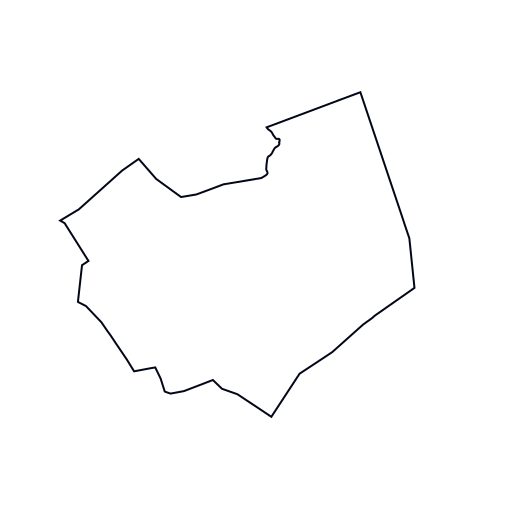 outline of Onavas, Sonora, Mexico, rotated 148°
{"feature_id": "50627088B8443354195275", "entity_name": "Onavas", "entity_type": "district", "adm_level": 2, "iso_a3": "MEX", "parent_name": "Mexico", "parent_adm1": "Sonora", "projection": "albers", "projection_center": [-109.518, 28.457], "detail": "fine", "context": "isolated", "style": "outline", "palette": "ink", "viewbox_px": 512, "rotation_deg": 148, "n_neighbors": 0, "source": "geoboundaries", "source_scale": "gbopen_adm2", "svg_char_len": 1760}
<svg xmlns="http://www.w3.org/2000/svg" viewBox="0 0 512 512"><g transform="rotate(148 256 256)"><path d="M404.7,188.7L401.4,184.6L388.7,179.6L358.3,173.7L355.2,161.4L345.0,148.6L328.2,111.5L281.4,133.1L252.5,133.8L252.3,133.8L242.3,134.1L201.5,141.1L189.7,141.9L188.8,142.2L186.0,142.5L138.5,145.0L116.6,189.7L113.5,202.8L110.8,213.8L100.4,257.3L80.7,339.6L99.8,343.5L176.9,359.1L177.0,359.1L178.8,359.5L178.8,358.4L178.7,357.8L178.6,357.3L178.3,356.4L178.1,355.9L177.8,355.2L177.5,354.4L177.2,353.2L177.1,351.7L177.3,349.3L177.1,347.4L177.0,345.3L176.6,344.5L175.7,343.9L175.2,343.6L174.7,343.3L174.5,343.2L174.4,343.0L174.3,342.8L174.3,342.6L174.3,342.3L174.4,342.2L174.6,341.9L174.7,341.7L174.9,341.4L175.0,341.0L175.2,340.8L175.4,340.6L175.6,340.5L176.0,340.4L176.3,340.1L176.4,339.6L176.5,339.3L176.6,338.9L176.8,338.7L177.0,338.5L177.4,338.2L178.1,337.9L179.5,337.7L180.6,337.7L181.0,337.7L181.3,337.8L181.8,337.7L182.3,337.7L182.6,337.7L183.1,337.5L183.9,337.1L184.6,336.7L185.6,336.2L186.5,335.7L187.3,335.1L188.3,334.6L189.4,334.2L190.5,333.9L191.5,333.8L192.4,333.9L193.5,333.6L194.2,333.1L195.5,331.8L196.7,330.3L198.2,328.5L199.2,327.2L199.9,326.1L200.8,325.0L201.4,324.1L201.6,323.5L201.7,322.7L201.8,321.7L202.0,320.8L202.4,320.1L202.7,319.9L203.1,319.6L203.4,319.5L203.8,319.4L204.2,319.3L205.0,319.3L206.0,319.2L210.2,319.3L213.8,320.8L245.6,334.0L263.9,337.7L274.0,339.8L288.3,345.7L299.8,374.2L304.0,400.5L324.2,399.4L335.7,397.4L381.8,389.4L384.4,389.5L403.3,389.8L400.9,385.3L400.7,340.6L408.4,340.4L431.3,311.5L431.3,311.3L426.7,303.6L422.2,281.6L421.8,271.3L421.4,265.9L421.1,255.2L420.6,242.2L420.4,236.6L420.5,222.8L405.9,217.1L400.5,214.9L401.8,202.7L405.2,189.5L404.7,188.7Z" fill="none" stroke="#020617" stroke-width="2"/></g></svg>